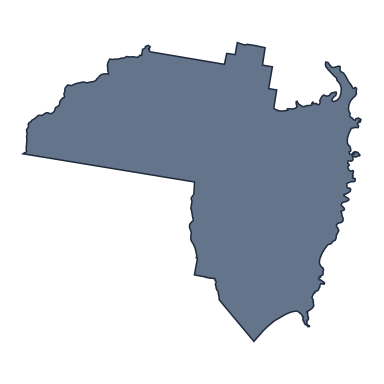 Kiama, New South Wales, Australia
{"feature_id": "25037944B41308394801248", "entity_name": "Kiama", "entity_type": "district", "adm_level": 2, "iso_a3": "AUS", "parent_name": "Australia", "parent_adm1": "New South Wales", "projection": "orthographic", "projection_center": [150.782, -34.696], "detail": "fine", "context": "isolated", "style": "filled", "palette": "slate", "viewbox_px": 384, "rotation_deg": 0, "n_neighbors": 0, "source": "geoboundaries", "source_scale": "gbopen_adm2", "svg_char_len": 5943}
<svg xmlns="http://www.w3.org/2000/svg" viewBox="0 0 384 384"><path d="M28.2,124.6L28.5,125.8L28.3,127.3L26.5,129.7L27.1,133.7L26.6,136.3L26.8,140.5L26.3,146.9L26.2,149.2L26.5,151.5L26.0,152.2L24.5,152.8L23.0,153.8L194.5,182.0L193.9,194.1L191.5,197.4L191.1,198.6L192.0,201.2L190.8,208.6L191.7,211.4L192.7,217.7L193.4,220.1L193.2,220.7L192.4,221.2L190.0,223.8L189.6,224.8L189.5,227.4L191.3,232.5L190.8,236.9L190.9,239.6L191.4,241.1L193.2,243.8L194.9,247.7L195.9,251.2L196.3,253.9L196.8,255.0L196.3,257.9L197.5,258.1L194.4,274.9L206.2,277.1L206.1,277.4L210.3,278.2L210.3,277.9L215.0,278.8L214.8,279.3L215.1,280.6L216.1,281.5L216.1,282.7L215.5,283.6L215.4,284.6L216.0,286.5L216.2,288.2L216.5,289.1L217.0,290.2L218.3,291.9L218.4,293.1L218.2,293.8L219.1,296.6L219.1,298.9L219.5,300.2L253.9,341.4L263.3,330.7L267.6,326.5L274.3,320.9L285.7,314.3L290.5,312.2L296.2,311.0L297.7,311.4L299.9,312.9L300.3,313.7L301.1,313.8L302.1,315.3L302.2,316.0L302.7,316.4L302.6,316.7L303.0,317.0L302.8,317.4L303.1,318.5L302.8,319.3L303.0,319.8L302.9,320.1L303.7,320.9L303.5,321.1L303.9,321.5L304.4,323.4L305.4,324.2L305.4,324.6L305.9,324.5L307.2,325.6L308.0,326.7L309.5,326.5L309.6,326.0L308.1,325.2L306.9,324.0L306.9,322.9L307.1,322.3L306.7,321.3L307.2,320.4L308.1,319.9L308.1,319.4L308.4,319.2L308.5,318.2L308.4,317.4L307.7,316.8L308.1,316.1L307.7,315.5L307.4,313.7L307.8,313.5L307.3,312.3L306.7,312.0L307.0,311.6L307.6,311.7L308.2,310.9L310.1,309.9L312.4,308.0L313.8,305.9L313.2,302.3L313.5,301.5L313.2,301.2L313.0,299.6L312.5,298.5L311.9,297.8L313.1,294.3L314.2,293.0L314.5,293.1L315.0,292.3L314.9,292.0L315.5,291.9L316.1,290.8L317.2,290.9L318.1,290.3L318.9,288.9L319.3,287.3L319.8,287.0L320.0,284.9L321.1,284.0L321.0,283.8L322.2,283.6L323.1,284.1L324.1,284.2L324.6,283.2L324.4,282.6L320.6,279.9L319.3,279.7L318.5,278.0L319.5,277.3L320.1,277.5L320.5,277.2L320.6,276.8L320.0,276.4L320.2,276.0L321.4,275.8L323.0,274.7L323.1,271.4L323.6,270.2L323.2,268.1L321.4,267.1L319.5,263.6L319.4,261.9L319.9,258.6L322.4,252.5L323.6,250.9L324.8,248.7L327.6,245.1L328.1,244.6L330.5,244.0L331.5,243.3L332.7,241.5L335.3,240.1L336.1,238.2L336.4,235.0L337.1,234.2L337.5,233.1L338.8,230.9L338.1,228.7L336.5,226.2L336.4,225.1L337.3,223.9L338.1,223.3L341.7,222.3L342.9,221.0L343.1,220.2L343.1,218.2L342.2,216.2L341.6,212.9L340.9,211.9L341.1,211.3L344.1,210.0L344.5,209.1L343.6,207.4L341.7,205.9L341.2,204.5L341.9,203.2L342.8,202.4L346.0,201.6L348.4,200.4L348.9,199.7L348.7,198.8L343.8,195.5L343.7,195.0L344.1,194.5L345.9,194.0L348.1,192.8L350.3,191.3L350.7,189.4L350.3,188.7L349.4,188.0L347.7,187.9L347.2,187.4L346.8,186.0L346.9,183.7L347.4,183.2L351.0,181.7L354.4,181.6L354.9,181.2L355.1,180.6L355.2,178.7L354.6,178.4L353.1,178.3L352.5,177.7L353.2,175.8L352.5,174.3L353.4,172.6L353.3,170.9L352.6,170.5L351.7,171.0L350.5,171.0L349.3,170.3L348.7,169.5L348.0,168.1L347.8,166.8L349.3,165.1L348.9,164.1L347.7,163.4L347.7,162.4L348.2,161.2L348.6,160.8L351.2,161.2L352.4,160.6L353.0,159.7L352.8,157.4L352.3,156.6L352.6,156.2L355.6,157.1L357.9,156.0L359.5,155.8L359.9,155.5L359.9,155.0L359.4,154.2L358.6,154.0L358.3,153.0L357.2,152.1L354.5,151.7L353.1,152.8L353.2,153.1L354.4,153.2L353.6,154.3L352.8,154.3L352.6,153.3L351.5,154.6L349.9,154.3L349.1,152.1L349.4,151.6L350.4,151.3L350.8,150.8L350.7,149.1L349.9,146.4L348.3,144.9L347.4,142.8L347.3,141.3L347.5,138.0L349.0,133.2L351.2,128.6L351.8,128.1L353.6,128.0L354.5,127.4L358.0,127.7L358.3,127.4L358.6,125.9L358.4,125.3L357.3,124.3L357.3,123.6L358.0,122.9L360.1,122.1L360.2,121.8L359.3,121.1L360.5,121.0L361.0,119.8L360.4,119.0L359.2,118.6L358.6,118.0L355.9,118.7L355.2,120.2L353.8,119.9L352.2,118.1L350.5,117.0L349.7,115.4L349.6,115.0L350.2,113.6L349.2,111.9L348.5,109.4L348.5,108.0L349.0,104.7L350.4,101.1L353.2,97.7L354.7,96.6L356.4,94.1L356.2,91.3L356.6,89.0L356.5,88.3L355.1,87.4L354.2,88.3L353.4,88.5L352.4,87.6L351.7,85.9L350.6,84.2L348.9,82.2L345.7,76.2L343.8,73.4L342.0,72.1L340.8,71.8L339.9,69.3L340.3,67.5L340.0,66.4L338.5,66.1L333.7,67.5L331.8,67.3L331.3,67.0L330.6,65.7L329.5,64.7L328.2,62.7L326.5,62.1L325.7,62.1L325.4,64.3L325.9,66.7L328.0,69.4L334.2,76.1L336.6,78.1L337.0,80.4L339.9,83.8L340.9,86.6L341.3,88.0L341.0,92.8L339.9,96.9L338.7,98.6L336.6,100.5L334.8,101.2L333.0,101.5L332.5,101.3L332.1,100.5L332.0,99.4L333.5,97.3L335.8,95.4L336.3,93.7L336.4,92.4L336.1,92.1L335.0,92.1L331.7,93.0L330.9,93.5L329.2,95.5L327.7,96.1L326.5,96.1L324.1,95.1L323.4,95.1L322.8,95.6L321.7,96.7L319.7,100.8L320.1,101.6L320.2,102.5L319.3,104.4L319.0,104.6L317.7,104.6L316.1,103.4L315.6,103.9L314.5,103.4L313.5,103.6L313.0,103.1L313.1,102.2L312.7,102.1L311.7,103.5L312.0,104.5L311.7,105.2L306.1,105.7L305.4,106.3L302.6,106.6L298.5,103.9L297.0,101.2L296.2,101.6L296.1,103.3L296.8,106.4L296.7,107.3L295.1,108.4L291.8,109.0L289.6,108.7L287.3,108.9L287.8,110.3L282.1,111.1L277.9,110.7L277.8,110.3L277.4,110.1L275.5,109.5L273.8,108.1L276.7,89.9L268.7,88.6L272.4,66.8L262.5,65.1L265.1,47.7L254.8,45.5L247.9,44.4L247.0,44.3L244.9,45.1L237.3,42.6L235.2,54.6L226.7,53.4L224.4,64.3L150.9,51.9L149.4,51.1L149.0,49.5L149.4,49.2L148.8,48.5L149.4,48.4L150.2,46.8L148.5,45.4L147.3,45.9L146.5,45.9L145.4,46.7L145.3,47.4L145.0,48.0L143.9,48.9L142.6,49.3L141.6,55.5L139.9,55.2L138.2,57.0L136.2,57.3L132.9,56.6L132.0,57.0L130.3,56.8L129.3,57.0L126.5,56.5L124.0,58.1L121.3,58.1L118.0,59.2L116.3,59.0L112.4,59.5L109.9,59.0L109.5,59.4L108.8,61.1L107.9,62.5L107.4,65.6L107.8,69.6L107.6,70.4L108.3,72.2L108.4,73.9L103.8,73.9L102.2,74.3L100.6,75.1L99.4,76.0L98.8,77.1L96.7,79.0L96.3,80.0L93.8,81.5L89.2,82.2L87.5,82.8L83.1,82.0L77.0,83.3L73.9,84.4L71.7,85.5L70.8,85.6L68.1,84.9L67.3,85.3L65.2,88.0L64.8,89.4L64.9,91.5L63.9,93.6L64.5,96.9L64.3,97.5L62.6,98.0L60.3,100.7L59.9,101.5L59.5,104.4L59.1,105.4L55.5,107.7L55.2,108.1L54.8,110.3L53.7,112.0L52.3,113.1L51.1,113.6L50.1,113.6L47.6,112.7L46.6,112.7L44.3,113.8L42.3,115.4L39.1,115.3L38.0,115.6L35.2,118.3L31.8,120.3L31.2,121.4L29.1,122.7L28.4,123.6L28.2,124.6Z" fill="#64748b" stroke="#1e293b" stroke-width="1.5"/></svg>